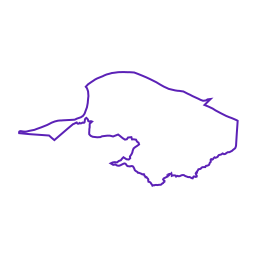 Careiro da Várzea, Amazonas, Brazil, rotated 4°
{"feature_id": "56859067B24490966287656", "entity_name": "Careiro da Várzea", "entity_type": "district", "adm_level": 2, "iso_a3": "BRA", "parent_name": "Brazil", "parent_adm1": "Amazonas", "projection": "mercator", "projection_center": [-59.635, -3.304], "detail": "fine", "context": "isolated", "style": "outline", "palette": "violet", "viewbox_px": 256, "rotation_deg": 4, "n_neighbors": 0, "source": "geoboundaries", "source_scale": "gbopen_adm2", "svg_char_len": 4353}
<svg xmlns="http://www.w3.org/2000/svg" viewBox="0 0 256 256"><g transform="rotate(4 128 128)"><path d="M236.9,113.2L236.0,112.7L234.1,112.0L230.6,110.8L227.4,109.9L226.7,109.6L225.3,109.2L219.6,106.8L214.0,104.3L211.1,102.7L206.7,101.0L202.7,99.7L208.4,93.3L205.4,93.9L203.7,95.1L201.0,95.6L198.5,94.9L196.1,93.9L190.2,91.7L187.5,90.5L185.1,89.6L183.0,88.7L180.7,87.7L177.8,87.5L177.0,87.4L174.7,87.4L172.4,87.2L171.2,87.0L169.3,86.7L165.7,86.1L164.8,85.7L162.1,84.7L160.8,84.2L157.0,82.4L153.1,80.4L147.1,77.9L142.7,76.2L141.8,75.9L138.6,74.8L134.0,73.3L130.3,72.2L126.6,72.2L122.7,72.4L119.6,72.5L114.4,73.0L110.6,73.8L108.0,74.3L106.7,74.8L105.0,75.4L102.9,76.1L100.7,77.2L99.2,78.1L97.3,79.0L93.8,80.7L91.7,82.0L90.2,83.2L88.1,84.8L86.0,86.5L85.2,87.1L83.0,89.8L84.3,91.2L85.6,94.2L86.3,98.9L86.2,100.7L86.1,104.2L86.1,105.8L85.6,110.2L84.5,113.9L83.7,116.7L82.3,119.0L80.2,120.6L76.4,122.2L74.3,123.4L72.2,123.7L62.4,124.9L61.2,125.1L59.9,125.2L57.6,125.6L54.5,126.6L51.5,128.0L49.7,129.1L47.2,130.6L41.4,133.4L37.5,135.1L34.7,136.4L29.5,137.8L28.3,138.2L27.0,138.6L25.6,138.8L23.7,138.8L22.6,138.7L21.3,138.6L20.5,138.7L19.8,139.2L19.7,140.4L19.0,140.7L30.3,141.0L49.8,141.0L52.6,143.2L55.4,145.2L56.7,143.9L67.9,132.8L72.9,128.0L74.0,127.5L74.8,127.0L75.8,126.4L76.4,126.1L76.9,126.8L77.6,127.2L78.6,127.1L79.3,126.3L80.2,126.7L80.9,126.6L81.7,126.2L82.5,125.7L83.6,125.9L84.2,125.4L84.4,124.1L84.4,123.2L84.5,122.3L85.1,121.3L85.8,120.8L86.4,121.4L86.9,121.8L87.4,122.4L87.7,123.3L88.0,124.0L88.8,124.2L89.9,123.9L90.7,123.8L91.7,124.1L90.5,125.4L89.7,126.1L89.5,126.9L89.7,130.0L89.5,131.8L89.6,133.1L89.6,135.6L89.8,137.0L91.3,138.4L93.4,139.2L97.9,139.4L101.1,139.0L102.6,138.1L107.8,137.1L110.3,136.9L111.0,137.0L113.7,137.5L115.4,136.7L118.6,135.2L120.6,136.5L122.4,137.8L123.9,138.8L125.8,139.8L127.6,139.3L128.7,137.5L132.0,136.9L132.8,139.1L134.6,138.9L136.8,139.1L137.9,140.9L139.5,141.9L140.2,143.6L138.5,145.1L136.6,146.5L135.0,148.0L134.3,150.2L134.0,152.2L133.2,154.2L131.9,156.3L132.3,158.0L130.9,159.4L128.7,159.3L127.1,158.4L125.5,157.5L124.2,159.0L123.1,160.7L121.2,161.5L119.4,163.1L117.0,163.0L115.2,163.4L113.9,164.1L113.2,164.5L115.8,165.8L117.9,165.3L119.8,166.2L121.6,166.3L123.3,165.6L124.0,165.1L124.9,164.6L125.9,164.0L126.9,163.6L127.9,163.8L128.5,164.3L129.2,165.2L129.8,165.8L130.5,166.1L131.5,166.1L132.6,166.2L133.7,165.8L134.6,165.7L135.5,165.9L136.1,166.5L136.5,167.2L136.9,167.7L137.3,168.6L137.7,169.5L138.4,170.1L139.2,170.6L140.0,171.0L140.6,171.3L140.9,171.9L141.6,172.0L142.3,172.0L143.0,172.2L143.7,172.5L144.6,172.7L145.5,173.3L146.4,173.0L147.3,173.1L147.4,173.9L147.9,174.6L148.6,175.0L148.9,175.9L149.9,175.7L150.4,176.4L151.5,177.3L151.9,178.2L151.8,179.0L152.2,180.2L153.3,180.3L154.4,181.0L154.9,181.8L155.7,182.7L156.1,183.2L156.4,183.8L157.2,183.3L158.0,183.4L158.8,183.0L160.0,182.8L161.2,182.9L162.1,182.7L162.9,182.5L163.9,182.4L164.7,182.3L165.4,181.7L166.0,181.0L166.9,180.5L167.2,179.8L168.1,179.1L168.1,178.2L167.3,177.7L166.6,176.8L167.1,175.9L167.7,175.4L168.4,175.1L169.0,174.7L169.9,174.2L170.8,173.7L170.7,172.7L171.4,172.9L172.1,172.4L171.6,171.4L172.4,171.0L173.2,170.8L173.9,170.9L174.4,170.3L174.7,171.4L175.0,172.7L176.0,172.2L176.8,172.1L177.8,172.0L178.9,172.2L179.4,173.1L180.2,172.6L180.8,172.3L181.9,172.6L183.0,172.4L184.0,171.8L185.0,171.3L186.0,171.1L187.0,171.1L188.0,171.7L189.0,172.1L189.9,172.3L191.0,172.7L191.8,172.8L192.6,172.6L193.4,172.8L195.1,173.6L196.0,173.7L196.4,172.8L196.6,172.1L197.1,171.7L197.8,171.8L198.6,172.1L199.8,171.8L200.0,171.1L199.5,170.3L199.2,169.6L198.7,168.5L199.1,167.8L199.9,167.7L199.7,166.8L200.3,166.0L200.8,165.2L201.1,164.3L202.0,164.0L202.7,163.9L203.4,163.5L204.1,162.5L205.0,161.9L205.9,161.8L206.6,161.7L207.8,161.6L208.0,160.9L208.5,160.3L209.6,160.1L210.7,159.6L211.4,159.1L211.7,158.3L211.9,157.4L212.3,156.7L212.9,156.0L212.8,154.7L212.7,153.8L213.2,153.2L214.4,153.6L215.0,153.1L215.4,152.3L215.9,151.7L216.4,151.2L217.4,151.6L219.0,150.8L219.5,150.4L220.0,149.3L220.5,148.7L221.6,148.3L222.4,148.1L223.3,147.6L224.1,146.8L224.8,147.0L225.6,147.4L226.4,147.2L227.2,146.9L227.7,146.2L228.5,145.7L229.3,145.2L230.3,145.1L231.0,145.0L232.0,144.3L232.6,144.0L233.4,143.5L234.2,142.6L235.1,141.8L235.9,141.1L236.4,140.5L236.7,139.6L237.0,138.2L236.9,125.5L236.9,113.2Z" fill="none" stroke="#5b21b6" stroke-width="2"/></g></svg>